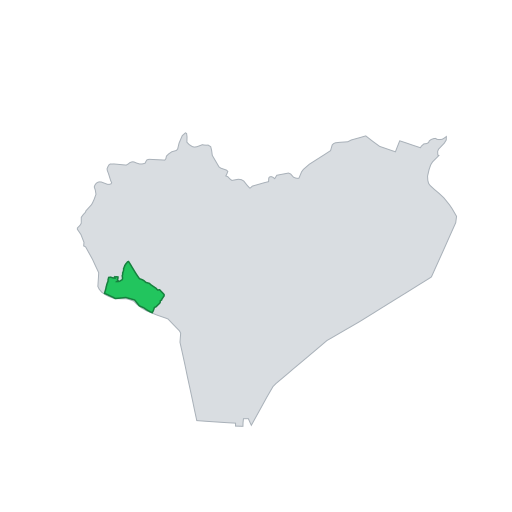 Al-Baaj, Ninawa, Iraq (highlighted), rotated 289°
{"feature_id": "34846034B31604409144822", "entity_name": "Al-Baaj", "entity_type": "district", "adm_level": 2, "iso_a3": "IRQ", "parent_name": "Iraq", "parent_adm1": "Ninawa", "projection": "mercator", "projection_center": [41.748, 35.687], "detail": "fine", "context": "in_parent", "style": "filled", "palette": "green", "viewbox_px": 512, "rotation_deg": 289, "n_neighbors": 0, "source": "geoboundaries", "source_scale": "gbopen_adm2", "svg_char_len": 5340}
<svg xmlns="http://www.w3.org/2000/svg" viewBox="0 0 512 512"><g transform="rotate(289 256 256)"><path d="M209.4,89.8L212.9,88.9L219.3,83.5L223.1,78.4L224.3,78.0L227.7,79.6L230.1,80.1L235.7,78.2L239.0,79.2L241.8,80.5L243.4,80.5L250.8,83.7L252.7,84.1L256.6,84.5L262.3,84.6L266.0,82.6L268.6,80.6L270.5,80.6L272.3,81.1L273.8,82.0L275.0,83.5L275.6,85.6L275.4,92.4L276.0,94.1L277.0,95.4L278.3,95.7L279.8,94.2L282.6,92.1L285.9,89.7L288.4,87.6L289.9,86.8L292.1,86.9L294.3,87.3L295.6,88.3L295.6,88.6L296.8,91.8L299.7,103.7L301.4,105.2L303.3,106.4L304.7,108.2L305.2,109.9L305.0,112.7L305.1,115.9L305.9,118.3L307.0,120.1L308.0,121.1L309.5,121.1L311.4,121.6L312.6,123.4L316.5,136.8L316.9,138.5L318.6,139.1L321.3,138.8L324.1,140.2L327.1,142.4L329.9,146.4L331.8,147.1L337.7,146.5L345.8,147.1L349.5,149.2L349.2,150.5L346.2,152.0L341.1,153.6L339.6,156.5L338.7,160.2L338.9,162.3L340.1,164.6L343.8,169.1L344.0,170.7L344.6,173.0L345.3,174.6L344.6,177.6L341.3,179.7L336.9,181.9L328.2,192.0L327.6,194.1L327.6,200.1L326.8,201.8L324.0,201.7L321.9,201.4L321.8,203.5L320.4,206.2L319.6,208.6L322.8,214.3L323.4,217.3L322.9,220.0L319.9,224.7L318.2,227.9L318.6,228.6L320.9,229.8L328.1,240.1L330.4,243.7L333.4,242.8L334.6,242.8L335.4,243.4L336.0,244.6L336.0,246.2L335.2,248.5L339.1,249.4L340.5,251.8L345.0,259.7L344.8,262.1L342.7,265.8L342.6,268.3L343.1,270.6L343.8,271.3L350.4,271.7L353.3,272.6L360.2,276.6L368.0,282.8L374.4,287.9L379.9,292.2L385.8,291.9L387.4,292.7L388.8,294.1L390.5,297.6L393.9,305.6L396.7,308.3L401.1,314.7L405.3,320.7L402.5,328.8L399.9,337.2L399.9,348.1L399.9,353.9L405.5,354.1L411.7,354.4L411.8,361.3L411.8,368.3L411.9,376.2L413.7,376.6L416.6,378.2L417.9,380.8L419.4,382.2L421.3,382.4L423.2,383.7L425.0,386.0L425.7,387.7L425.2,388.9L425.6,391.0L426.9,394.0L428.5,395.4L430.9,397.1L427.6,398.1L424.0,397.3L416.4,393.8L414.0,393.7L410.7,395.0L410.6,396.2L402.5,392.3L399.6,391.6L398.6,391.5L394.0,391.5L387.4,392.2L383.5,393.8L380.9,395.5L379.7,397.1L379.2,398.0L377.1,402.8L374.7,409.0L372.2,414.6L367.3,422.4L364.6,426.0L358.8,432.7L352.5,434.0L338.0,432.7L321.8,431.3L305.8,429.8L293.8,428.7L292.9,428.4L281.1,418.8L271.7,411.2L260.1,401.7L248.2,392.0L236.1,382.2L227.3,375.0L216.6,365.7L206.9,357.3L199.2,350.6L189.4,344.8L181.7,340.2L170.5,333.5L161.6,328.1L153.9,323.6L142.1,316.5L138.2,314.6L126.0,312.2L114.4,310.2L102.4,308.1L94.4,306.7L99.7,301.7L98.1,297.1L94.2,298.0L90.7,299.1L88.5,292.0L91.3,291.1L88.7,281.9L86.1,272.3L83.6,263.1L81.1,253.6L91.2,247.5L98.8,243.0L109.4,236.6L119.6,230.4L129.4,224.6L140.1,218.1L149.7,212.2L158.5,209.9L160.3,208.0L164.3,200.1L167.8,193.3L167.9,191.7L167.9,182.0L168.5,170.6L169.7,164.4L171.6,159.0L173.5,155.1L173.6,151.4L173.4,147.6L171.5,141.9L169.6,136.0L169.8,130.2L170.2,127.1L171.4,122.2L173.5,118.6L175.7,116.4L184.1,114.1L189.0,112.7L195.6,106.3L199.6,102.5L205.1,96.4L209.1,92.0L209.4,90.4L209.4,89.8Z" fill="#d9dde1" stroke="#a8b0b8" stroke-width="1"/><path d="M202.1,135.0L201.8,135.0L200.8,134.9L199.8,135.4L198.4,135.5L197.1,135.5L196.6,135.4L195.7,135.8L195.2,135.9L194.6,136.0L193.9,135.9L193.5,136.0L193.2,136.3L192.7,136.5L192.4,136.6L191.9,137.0L191.5,137.1L191.2,137.1L190.8,137.2L190.1,137.2L189.8,137.0L189.4,136.6L188.9,136.2L188.7,136.0L188.3,135.7L188.0,135.5L187.8,135.3L187.6,135.1L187.4,134.8L187.1,134.3L186.9,133.7L186.6,133.1L186.5,132.7L186.8,132.9L187.3,133.3L187.7,133.4L188.0,133.5L188.4,132.8L188.5,132.7L189.4,132.7L190.1,132.7L190.5,132.6L190.8,132.5L191.0,132.3L191.3,132.2L191.1,131.6L191.0,131.1L190.9,130.7L190.6,130.3L190.5,129.9L190.5,129.3L190.0,129.1L189.9,129.0L189.7,129.0L189.3,129.4L189.1,129.7L189.0,129.4L188.9,129.1L188.9,128.9L188.8,128.5L188.7,127.8L188.7,126.9L188.7,126.3L188.6,125.9L188.7,125.6L188.6,125.3L188.3,124.8L188.1,124.3L187.8,123.7L187.3,123.7L186.4,123.8L186.1,123.8L185.9,123.8L185.7,123.8L185.3,123.9L184.7,124.1L184.1,124.3L183.5,124.3L182.6,124.2L181.9,124.2L181.3,124.2L180.7,124.2L180.3,124.2L179.8,124.3L179.1,124.4L178.7,124.3L178.2,124.4L177.8,124.5L177.3,124.5L176.6,124.6L176.4,124.7L176.1,124.7L175.3,124.7L174.8,124.8L174.3,124.8L173.9,124.8L173.2,124.8L172.5,124.9L172.1,124.9L171.9,124.9L171.3,125.0L171.2,127.1L171.0,129.0L170.8,130.6L170.6,132.7L170.4,134.7L170.1,136.3L170.0,136.8L170.5,137.9L171.8,140.8L174.4,146.4L174.7,151.7L174.9,155.4L174.6,156.1L173.1,158.4L170.9,161.9L170.6,165.4L170.6,166.1L170.4,167.1L169.5,170.2L169.2,171.9L168.8,173.9L168.6,176.3L169.5,176.5L170.8,176.7L171.8,176.7L173.4,176.7L174.3,176.7L175.3,177.8L175.7,178.2L176.9,178.7L177.6,179.1L178.8,179.6L179.3,180.0L180.7,180.5L182.2,180.2L182.6,180.1L183.3,180.8L183.5,181.0L183.9,181.1L184.3,181.0L187.4,181.8L188.0,182.0L188.4,182.1L188.6,182.0L188.8,181.9L189.7,181.6L190.3,180.5L191.0,179.2L191.5,178.1L192.2,176.8L192.7,175.9L191.8,174.1L192.3,173.1L192.7,172.5L193.0,171.8L193.1,171.6L193.3,170.5L193.6,169.7L193.7,169.1L194.3,167.0L194.5,166.2L194.7,165.7L195.1,164.8L195.4,164.1L195.2,160.3L195.5,159.8L195.7,159.2L196.0,158.7L196.3,157.6L196.4,157.1L196.5,156.8L196.6,155.1L196.6,153.3L197.3,152.2L198.7,150.3L200.0,148.6L201.2,147.1L202.6,145.4L203.8,144.0L205.1,142.4L207.0,140.2L209.0,137.7L209.3,137.3L208.6,136.4L207.9,136.2L207.1,135.9L206.3,135.5L206.0,135.5L205.4,135.4L205.0,135.2L204.6,135.1L204.4,135.0L203.6,135.1L202.9,135.0L202.5,135.0L202.1,135.0Z" fill="#22c55e" stroke="#15803d" stroke-width="1.5"/></g></svg>